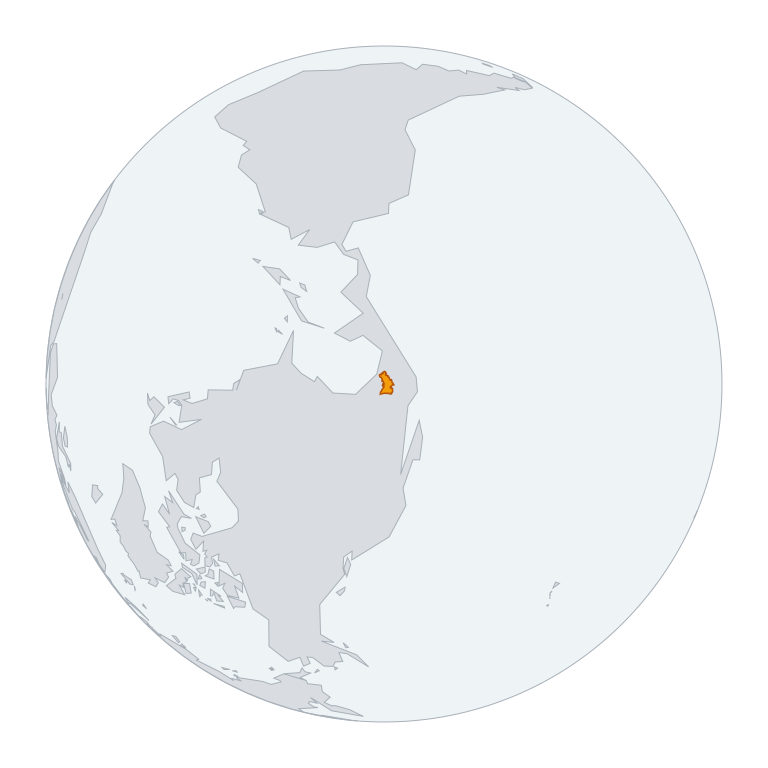 San Luis Potosí highlighted on a globe, orthographic projection, rotated 222°
{"feature_id": "MEX-2715", "entity_name": "San Luis Potosí", "entity_type": "State", "adm_level": 1, "iso_a3": "MEX", "parent_name": "Mexico", "parent_adm1": "", "projection": "orthographic", "projection_center": [-100.079, 22.87], "detail": "fine", "context": "on_globe", "style": "filled", "palette": "amber", "viewbox_px": 768, "rotation_deg": 222, "n_neighbors": 0, "source": "natural_earth", "source_scale": "10m", "svg_char_len": 12827}
<svg xmlns="http://www.w3.org/2000/svg" viewBox="0 0 768 768"><g transform="rotate(222 384 384)"><circle cx="384" cy="384" r="338" fill="#eef3f6" stroke="#a8b0b8"/><path d="M64.3,492.3L65.1,494.7L64.3,492.3ZM508.7,459.5L501.0,457.2L494.2,467.9L466.9,455.6L455.7,437.1L364.8,410.7L354.0,400.7L351.7,383.9L311.1,327.9L333.5,380.5L319.7,370.3L306.7,351.5L311.8,347.0L300.2,319.4L286.4,308.4L277.9,273.8L290.2,231.6L295.9,238.5L298.2,228.5L291.1,219.5L285.9,216.3L284.2,177.1L263.7,155.5L248.2,158.5L258.6,151.0L223.1,164.4L206.2,163.5L230.9,158.9L237.8,154.3L229.0,150.2L234.2,144.8L232.9,140.0L239.8,134.3L253.7,133.1L258.5,129.7L252.0,127.1L254.9,120.5L263.6,124.6L269.6,113.8L293.9,112.1L311.8,131.6L330.9,129.2L364.1,146.5L366.7,141.3L380.9,146.0L389.2,142.1L393.0,147.3L396.3,139.9L391.2,135.9L391.0,131.5L395.4,129.2L401.0,135.1L399.7,137.1L403.6,137.7L404.5,141.9L406.6,138.5L412.9,146.6L413.2,135.4L423.7,139.2L426.1,145.5L417.2,149.0L400.7,175.5L400.4,184.7L408.9,193.3L443.1,199.9L446.3,209.1L457.0,218.6L459.2,211.1L451.6,201.2L458.4,190.7L448.3,180.9L449.6,175.6L442.7,164.9L453.1,162.5L467.0,166.3L473.2,175.4L479.5,177.7L481.1,166.4L500.0,182.0L525.2,190.6L529.1,195.7L523.0,208.9L503.9,214.6L496.0,235.6L510.6,218.4L520.1,233.0L525.6,234.3L530.6,232.0L530.8,225.3L536.0,230.0L523.5,247.7L518.6,243.7L522.6,237.8L513.6,241.1L505.3,254.8L510.7,262.0L492.3,278.1L496.0,283.8L494.0,291.1L489.5,280.7L497.4,300.3L476.6,327.7L487.1,363.3L466.5,337.8L452.9,336.5L437.2,339.2L438.6,345.0L415.9,343.1L398.2,357.3L396.0,386.4L407.3,407.5L432.2,406.1L437.7,393.2L454.9,388.7L446.8,422.7L477.5,423.4L476.9,447.7L486.4,458.8L500.7,453.3L515.8,456.5L525.1,440.8L540.6,429.8L542.6,449.0L549.8,429.4L559.5,436.6L589.3,427.5L587.5,432.6L612.9,447.2L637.4,447.5L643.1,458.8L640.5,468.3L648.3,467.1L648.4,472.5L676.6,465.0L688.5,469.2L686.4,487.6L673.0,515.6L653.1,562.8L627.0,587.7L615.0,605.6L585.5,634.8L570.4,639.1L569.3,647.4L556.4,656.3L545.1,660.1L538.6,667.2L530.0,669.7L532.5,672.2L512.1,683.6L510.4,688.5L494.0,696.3L493.2,698.6L489.3,699.5L483.6,701.5L480.9,703.1L471.8,703.0L476.4,696.7L485.0,692.1L480.0,692.5L498.7,680.0L491.0,683.4L504.1,665.7L520.7,648.2L542.6,596.4L538.5,587.0L517.3,578.8L492.4,540.9L501.2,521.5L494.8,513.8L515.5,483.8L508.7,459.5ZM120.2,353.2L121.9,345.4L124.0,351.5L120.2,353.2ZM120.8,340.0L120.7,342.7L120.4,340.3L120.8,340.0ZM119.3,337.7L120.4,339.3L118.9,338.2L119.3,337.7ZM116.9,335.6L118.3,336.4L118.0,336.6L116.9,335.6ZM487.5,375.7L522.5,386.9L504.7,392.5L507.7,388.7L498.4,383.1L481.8,379.3L465.7,385.5L487.5,375.7ZM114.1,330.0L113.6,328.4L115.0,328.4L114.1,330.0ZM498.5,353.4L492.6,353.0L498.1,351.9L498.5,353.4ZM282.8,216.0L290.5,220.1L295.0,230.6L288.0,227.6L282.8,216.0ZM275.0,197.4L280.0,197.2L277.0,207.0L275.0,204.0L275.0,197.4ZM235.9,162.4L241.2,164.4L234.3,164.5L235.9,162.4ZM231.5,140.5L228.4,141.8L229.0,138.9L231.5,140.5ZM437.5,167.1L440.1,166.0L440.0,168.5L437.5,167.1ZM432.1,163.6L430.2,167.3L427.3,166.3L428.5,164.0L432.1,163.6ZM240.2,127.6L242.3,122.9L242.6,127.4L240.2,127.6ZM435.1,159.4L422.5,164.1L417.5,162.3L418.0,152.5L435.1,159.4ZM245.1,120.1L249.9,109.8L243.3,111.6L264.6,101.6L253.5,113.1L254.9,118.1L250.1,117.3L245.1,120.1ZM387.7,135.7L393.3,139.8L384.6,138.8L387.7,135.7ZM382.2,136.2L355.7,141.0L349.6,134.5L359.7,133.9L348.6,127.8L358.7,122.2L367.1,124.2L369.0,129.4L371.4,123.4L382.2,136.2ZM275.6,98.3L278.8,96.0L278.1,98.3L275.6,98.3ZM390.2,129.7L385.4,131.0L379.8,125.3L388.5,121.8L387.5,124.7L390.2,129.7ZM340.8,129.3L338.1,124.9L345.6,118.9L345.6,116.5L358.4,121.5L340.8,129.3ZM391.0,124.8L393.0,120.2L399.6,120.9L394.6,128.2L391.0,124.8ZM374.7,125.4L372.5,122.6L376.6,123.0L374.7,125.4ZM424.3,122.0L418.7,123.0L415.3,120.0L424.3,122.0ZM393.3,118.5L391.0,118.3L389.0,117.4L391.6,114.8L393.3,118.5ZM362.8,117.3L366.4,116.0L357.9,114.9L363.1,110.9L370.8,115.1L369.7,111.6L371.3,110.5L375.7,115.4L362.8,117.3ZM388.4,109.6L399.9,114.5L411.1,112.9L414.4,115.4L395.8,117.5L388.4,109.6ZM380.5,112.4L386.1,111.1L387.4,114.5L384.4,117.6L380.5,112.4ZM363.9,106.8L353.9,111.8L352.6,110.8L363.9,106.8ZM391.4,108.3L388.5,107.3L392.0,107.8L391.4,108.3ZM372.1,106.4L368.7,108.1L367.3,106.9L372.1,106.4ZM385.6,103.8L389.3,105.3L387.4,107.2L385.6,103.8ZM379.2,104.4L378.1,102.3L384.5,107.1L378.0,105.4L379.2,104.4ZM371.3,104.9L369.3,104.8L372.9,104.4L371.3,104.9ZM390.9,96.0L399.4,101.6L395.1,105.7L387.4,99.6L390.9,96.0ZM484.9,703.9L471.6,703.8L480.0,703.5L491.0,699.5L496.1,700.3L484.9,703.9ZM515.0,692.0L524.7,688.0L525.5,688.2L519.0,691.1L515.0,692.0ZM601.6,125.4L600.7,124.9L608.0,131.0L608.5,131.5L615.4,137.8L612.5,135.8L624.3,149.5L652.4,183.5L656.6,192.5L654.3,195.0L631.0,170.4L624.2,153.3L615.9,145.9L606.1,141.9L604.8,137.5L600.0,134.3L596.3,128.4L580.2,114.9L574.8,109.2L557.9,99.8L552.8,96.0L564.3,102.4L569.4,104.4L554.7,92.9L548.7,89.4L538.9,84.5L536.1,82.6L528.5,79.5L514.8,72.8L525.1,79.0L513.8,75.1L499.8,69.5L497.9,69.7L520.7,79.0L528.1,82.0L531.6,82.5L553.4,93.5L560.8,98.6L544.9,92.5L553.5,99.7L537.3,93.1L485.7,69.6L469.6,63.1L465.3,57.2L475.1,59.6L481.6,62.5L485.4,62.1L480.4,60.9L478.1,59.9L466.7,57.1L464.5,56.3L457.4,55.6L453.4,54.3L458.0,54.8L437.8,51.1L426.7,49.1L423.2,48.8L422.6,49.0L408.9,47.1L407.0,47.0L410.7,47.5L409.1,48.0L401.1,48.5L396.8,47.7L399.1,47.4L397.5,46.5L402.4,46.6L426.5,48.8L450.4,52.7L474.0,58.3L497.1,65.6L519.6,74.5L541.4,85.0L562.4,97.0L582.5,110.5L601.6,125.4ZM398.2,46.4L394.9,46.3L396.8,47.3L393.1,47.9L390.8,47.0L391.4,47.3L388.2,47.5L381.1,47.2L383.0,48.3L354.2,54.3L337.5,55.5L338.7,53.3L314.0,60.1L297.1,63.0L300.6,63.1L291.1,67.9L296.3,66.9L297.2,67.4L275.2,81.7L266.8,85.3L261.2,93.6L263.0,94.0L269.0,91.7L264.6,101.6L243.3,111.6L240.3,110.1L229.0,118.2L223.9,114.1L214.4,115.2L215.4,107.4L207.8,109.8L204.3,112.8L191.3,119.1L176.9,123.2L204.3,106.1L228.9,101.9L220.3,101.9L226.9,98.2L226.7,96.2L220.2,97.1L216.5,99.4L230.1,85.6L223.8,86.5L212.8,93.1L202.2,99.4L195.0,103.9L215.2,91.2L236.3,80.1L258.1,70.4L280.6,62.3L303.5,55.8L326.9,50.9L350.5,47.7L374.3,46.2L398.2,46.4ZM720.7,355.3L719.4,350.5L708.0,321.5L703.4,300.4L695.3,282.6L657.5,194.3L657.6,189.9L638.9,162.1L653.8,180.5L667.4,199.9L679.6,220.2L690.3,241.4L699.6,263.2L707.3,285.6L713.4,308.5L717.9,331.7L720.7,355.3ZM679.9,231.0L683.2,236.6L679.9,231.0ZM590.2,427.0L594.0,429.6L589.4,431.2L590.2,427.0ZM503.4,401.1L510.2,400.3L514.2,402.7L509.1,404.6L503.4,401.1ZM558.4,389.6L565.7,389.4L558.6,393.0L558.4,389.6ZM527.7,388.1L552.6,390.4L538.6,399.7L522.7,398.4L533.0,394.5L527.7,388.1ZM497.5,365.5L502.0,366.2L501.4,370.1L497.5,365.5ZM502.5,352.7L500.9,353.3L498.2,350.7L502.5,352.7ZM520.8,231.9L522.0,230.6L527.6,229.6L526.0,232.9L520.8,231.9ZM545.8,210.9L553.7,219.0L547.0,215.0L546.4,220.5L531.6,219.8L530.3,198.3L533.5,207.8L545.8,210.9ZM511.5,214.1L521.0,216.1L510.7,214.8L511.5,214.1ZM577.0,125.3L579.4,124.5L586.1,129.3L592.9,139.1L583.2,132.0L577.0,125.3ZM581.2,122.6L563.5,115.2L558.5,109.7L564.3,113.9L562.8,111.0L571.7,117.0L584.3,120.0L591.1,124.6L599.9,138.6L593.3,131.1L591.4,131.9L581.2,122.6ZM527.0,114.7L519.2,113.8L518.6,102.6L525.9,104.9L533.1,114.1L528.7,116.9L527.0,114.7ZM438.5,142.2L435.6,144.2L434.0,142.3L435.2,139.1L438.5,142.2ZM422.0,122.7L449.6,132.1L447.7,134.6L466.2,138.2L468.3,146.6L456.2,143.8L471.7,153.6L461.6,154.4L472.7,160.5L445.6,153.4L437.2,155.3L445.8,149.8L444.1,141.8L440.8,139.0L425.3,132.7L406.4,133.8L401.7,127.0L403.4,121.9L407.2,120.5L409.1,125.2L412.8,120.1L418.5,125.9L422.0,122.7ZM426.0,78.3L426.6,82.1L435.1,77.0L440.8,81.1L441.4,80.2L449.0,82.9L459.3,85.0L460.6,87.2L464.0,87.1L469.1,89.2L474.3,90.0L478.4,94.6L485.0,96.1L483.2,97.5L493.6,99.0L487.7,100.0L493.7,103.5L496.2,100.7L505.9,127.8L514.4,140.0L524.8,150.0L513.3,151.6L496.3,143.7L478.4,132.3L471.8,121.0L467.8,124.3L463.5,120.0L468.4,119.2L458.2,118.1L456.0,114.5L440.0,107.1L426.6,108.8L420.5,106.5L424.6,104.2L415.5,103.7L419.1,97.9L414.8,96.4L414.0,89.6L424.4,86.7L418.8,85.3L417.9,80.7L426.0,78.3ZM391.0,94.1L402.2,88.6L410.8,88.5L408.6,100.4L412.1,102.6L411.0,111.2L398.5,111.5L400.0,108.9L398.5,106.5L403.0,107.3L398.3,104.9L400.2,101.5L397.0,98.8L401.5,97.6L391.0,94.1ZM626.4,148.9L623.9,146.2L630.5,152.9L632.4,155.0L626.4,148.9ZM617.0,139.6L623.3,145.6L621.0,143.6L617.0,139.6ZM561.4,100.1L558.1,97.6L560.0,98.4L564.4,101.0L561.4,100.1ZM452.6,67.2L451.5,68.6L449.2,68.1L440.8,69.4L436.0,67.0L439.1,65.2L452.6,67.2ZM445.9,64.7L443.0,65.4L442.4,63.8L445.9,64.7ZM432.0,65.4L430.3,63.5L434.4,66.9L432.0,65.4ZM400.4,51.0L417.4,51.2L426.4,51.1L426.5,50.0L433.7,52.2L419.8,52.3L400.4,51.0ZM360.4,53.6L360.4,55.5L355.6,55.5L354.9,55.0L360.4,53.6ZM363.8,54.2L372.9,55.4L369.8,57.1L363.2,55.7L363.8,54.2ZM410.0,58.1L415.4,58.1L415.7,59.3L410.0,58.1ZM64.7,494.7L64.5,493.9L66.5,499.7L66.0,498.3L64.7,494.7ZM65.1,494.7L63.9,492.1L64.3,492.3L65.1,494.7ZM184.9,111.0L206.1,97.2L209.0,95.9L183.4,112.3L187.2,109.4L182.6,112.6L178.3,115.9L184.9,111.0ZM275.8,95.9L278.5,96.0L274.8,97.5L275.8,95.9ZM300.3,66.8L300.9,67.9L296.5,69.1L300.3,66.8ZM300.3,71.6L304.9,69.4L301.9,72.0L300.3,71.6ZM314.7,64.9L307.5,68.7L311.9,64.7L314.7,64.9Z" fill="#d9dde1" stroke="#a8b0b8" stroke-width="1"/><path d="M380.0,374.0L380.4,374.5L380.7,375.0L380.9,375.3L381.0,375.4L381.1,375.5L381.2,375.9L381.2,376.2L381.2,376.9L381.2,377.2L381.2,377.5L381.3,377.7L381.5,378.0L381.8,378.4L381.8,378.6L381.8,378.8L381.8,379.1L381.8,379.3L381.8,379.5L381.9,380.0L382.0,380.2L382.0,380.3L381.9,380.6L381.9,380.8L382.0,381.0L382.0,381.4L382.0,381.6L382.0,381.9L382.1,382.0L382.3,382.0L382.6,382.1L382.7,381.7L383.4,381.7L383.8,381.8L384.1,381.8L384.1,382.0L384.0,382.3L383.9,382.5L384.2,382.3L384.3,382.2L384.4,382.3L384.4,382.5L384.5,382.7L384.6,382.8L384.8,383.0L384.9,383.3L384.9,383.5L384.7,383.7L384.4,383.8L384.2,383.9L384.2,384.0L384.3,384.2L384.4,384.3L384.4,384.5L384.5,384.5L384.8,384.6L385.0,384.8L385.4,384.9L386.3,385.3L386.9,385.5L387.0,385.5L387.0,385.4L387.0,385.2L386.9,385.0L386.9,384.9L387.0,384.8L387.2,385.0L387.3,385.2L387.4,385.3L387.5,385.4L387.8,385.1L388.0,385.4L388.2,385.7L388.2,385.9L388.4,386.2L388.4,386.3L388.5,386.4L388.6,386.5L388.8,386.5L389.2,386.6L389.3,386.6L389.6,386.7L390.0,386.9L390.7,387.0L390.8,387.0L391.0,386.9L391.2,386.7L391.5,386.7L391.8,386.5L392.0,386.6L392.2,386.8L392.5,387.0L393.0,387.3L393.3,387.5L393.5,387.8L393.4,387.9L393.4,388.2L393.3,388.4L393.0,388.8L392.9,389.2L392.7,389.2L392.4,389.2L392.2,389.2L392.2,389.4L392.3,389.4L392.5,389.3L392.4,389.4L392.4,389.5L392.3,389.8L392.5,390.0L392.7,389.9L392.7,390.0L392.8,390.2L392.9,390.3L392.8,390.5L392.7,390.5L392.4,390.7L392.3,390.8L392.1,390.9L391.9,391.1L392.0,391.2L392.0,391.3L391.9,391.4L391.9,391.5L392.0,391.6L392.4,391.8L392.5,391.9L392.5,392.0L392.6,392.5L392.3,392.7L392.2,392.8L392.2,393.3L392.2,393.5L392.0,393.8L391.9,393.8L391.6,393.7L391.5,393.8L391.4,393.8L391.1,393.9L391.0,394.0L390.9,394.0L390.7,393.9L390.5,393.7L390.4,393.7L390.3,393.4L390.1,393.2L390.0,393.3L389.8,393.3L389.7,393.4L389.4,393.3L389.4,392.8L389.3,392.7L389.1,392.2L389.0,391.9L388.8,391.2L388.8,391.3L388.7,391.4L388.6,391.5L388.5,391.8L388.4,391.9L388.2,391.8L388.1,392.1L387.9,392.4L387.8,392.5L387.6,392.5L387.4,392.5L387.2,392.6L386.9,392.6L386.7,392.7L386.5,392.4L386.4,392.4L386.3,392.2L386.2,392.1L385.8,392.0L385.7,392.2L385.7,392.4L385.6,392.6L385.4,392.5L385.3,392.4L385.1,392.3L384.9,392.3L384.7,392.3L384.4,392.1L384.2,391.9L384.0,391.7L383.6,391.6L383.1,391.5L383.0,391.4L382.9,391.3L382.7,391.3L382.5,391.2L382.3,391.1L382.2,391.0L381.9,391.2L381.9,391.3L381.8,391.5L381.7,391.9L381.7,392.0L381.4,392.1L381.2,392.1L380.9,392.0L380.8,391.9L380.5,391.7L379.8,391.1L379.5,390.9L379.3,390.7L379.2,390.6L378.8,390.5L378.6,390.5L378.3,390.5L378.1,390.5L377.9,390.6L377.7,390.5L377.5,390.4L377.4,390.3L377.4,390.2L377.3,389.9L377.2,389.8L376.9,389.9L376.7,390.1L376.3,390.1L376.1,390.0L377.0,388.8L377.1,388.7L377.1,387.8L377.1,387.6L377.0,387.2L376.9,387.0L376.9,386.8L376.9,386.7L377.0,386.6L377.3,386.5L377.4,386.4L377.2,385.9L377.1,385.6L376.9,385.5L376.7,385.5L376.2,385.5L375.8,385.6L375.7,385.8L375.7,386.0L375.4,386.2L375.2,386.2L375.1,386.3L374.8,386.4L374.7,386.4L374.4,386.2L374.2,385.9L374.0,385.5L373.8,385.2L373.6,385.1L373.4,385.1L372.9,384.6L372.7,384.4L372.6,384.1L372.5,383.8L372.3,383.5L372.3,383.4L372.2,383.2L372.3,382.8L372.4,382.7L372.3,382.4L372.3,382.1L372.2,382.0L372.2,381.9L372.0,381.7L372.3,381.6L372.4,381.4L372.4,381.2L372.5,380.9L372.8,380.7L372.9,380.8L372.9,381.0L373.0,381.1L373.3,381.0L373.4,380.9L373.6,380.8L373.8,380.7L374.1,380.3L374.2,380.1L374.4,379.9L374.5,379.7L374.8,379.6L375.0,379.6L375.2,379.4L375.3,379.2L375.7,378.9L376.1,378.6L376.4,378.5L376.6,378.3L376.8,378.1L377.0,377.8L377.2,377.6L377.3,377.5L377.5,377.4L377.8,377.3L377.9,377.2L378.1,376.7L378.4,376.2L378.7,375.8L379.0,375.3L379.1,375.1L379.2,374.9L379.4,374.8L379.8,374.6L379.9,374.4L380.0,374.0Z" fill="#f59e0b" stroke="#b45309" stroke-width="1.5"/></g></svg>